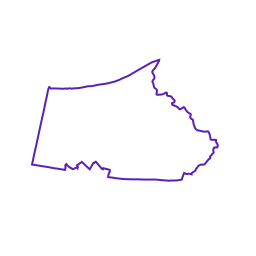 Dong Hai, Bạc Liêu, Vietnam, rotated 206°
{"feature_id": "81297802B21221579574343", "entity_name": "Dong Hai", "entity_type": "district", "adm_level": 2, "iso_a3": "VNM", "parent_name": "Vietnam", "parent_adm1": "Bạc Liêu", "projection": "natural_earth1", "projection_center": [105.374, 9.137], "detail": "fine", "context": "isolated", "style": "outline", "palette": "violet", "viewbox_px": 256, "rotation_deg": 206, "n_neighbors": 0, "source": "geoboundaries", "source_scale": "gbopen_adm2", "svg_char_len": 5560}
<svg xmlns="http://www.w3.org/2000/svg" viewBox="0 0 256 256"><g transform="rotate(206 128 128)"><path d="M43.6,155.9L45.8,155.0L47.6,154.0L48.0,153.9L48.3,153.9L48.6,154.0L48.8,154.1L49.0,154.2L49.1,154.4L49.9,155.6L50.7,156.6L51.3,157.5L51.9,158.2L53.3,159.3L53.9,159.8L54.2,159.9L54.6,160.0L54.9,160.0L55.1,159.9L55.6,159.5L56.2,159.0L57.1,158.5L57.6,158.2L58.6,157.9L64.2,156.5L64.8,156.4L65.0,156.4L65.6,156.5L66.1,156.6L67.5,157.2L68.1,157.7L69.6,159.2L70.5,160.0L71.1,160.7L71.5,161.4L72.0,162.2L73.1,163.5L73.4,163.8L73.7,164.0L74.0,164.0L74.8,163.9L75.1,163.9L75.5,164.1L76.0,164.4L76.7,164.9L76.8,165.1L77.0,165.4L77.1,165.8L77.2,166.2L77.3,167.0L77.3,167.4L77.6,167.8L77.9,168.0L78.2,168.1L78.5,168.1L80.5,168.2L81.5,168.5L82.1,168.7L83.8,169.5L85.5,170.6L86.2,171.1L86.3,171.2L86.7,171.2L87.1,171.2L87.3,170.9L87.5,170.6L88.0,169.7L88.3,169.1L89.1,167.9L89.3,167.8L89.5,167.6L90.1,167.5L90.6,167.7L92.1,168.4L92.5,168.4L94.4,168.6L95.9,168.5L97.6,168.3L97.8,168.3L98.3,168.4L98.7,168.6L99.0,168.9L99.2,169.2L99.3,169.5L99.2,169.7L99.2,169.9L99.0,170.1L98.4,170.6L98.1,170.9L97.8,171.4L97.8,171.6L97.7,171.9L97.8,172.4L97.9,172.7L98.0,172.9L98.3,173.2L98.6,173.4L99.0,173.6L100.5,174.0L100.9,174.1L101.4,174.4L102.2,174.9L102.5,175.1L102.8,175.2L103.3,175.2L103.6,175.2L104.7,174.9L105.5,174.6L106.1,174.4L106.5,174.4L107.1,174.5L107.4,174.7L107.6,175.0L107.9,175.8L108.1,176.2L108.4,176.5L108.8,176.7L109.2,176.7L109.4,176.5L109.6,176.4L109.9,175.9L110.2,175.4L111.1,174.0L111.5,173.6L112.2,173.1L112.7,172.7L113.8,172.1L115.6,171.0L116.0,170.8L116.5,170.7L117.0,170.7L117.2,170.8L117.3,171.0L117.5,171.5L117.8,172.8L118.0,173.5L118.4,174.3L118.8,174.8L119.2,175.1L119.6,175.3L120.1,175.4L121.2,175.6L121.6,175.7L122.3,176.0L122.5,176.2L122.8,176.6L124.2,178.3L125.1,179.3L126.2,180.2L126.3,180.4L126.5,180.7L126.5,180.9L126.6,181.4L126.6,181.7L126.5,182.0L126.2,183.3L126.1,184.1L126.2,184.5L126.4,185.1L126.7,185.6L127.3,186.3L127.6,186.6L130.0,188.2L130.3,188.5L130.5,188.7L130.6,188.9L130.8,189.3L130.9,189.8L130.9,190.5L130.7,191.2L130.1,193.0L130.0,193.3L129.9,194.4L129.9,195.0L129.7,197.6L129.6,200.7L129.6,202.3L129.8,202.9L135.3,197.6L141.2,189.0L145.3,183.0L149.1,177.2L151.1,174.3L153.9,171.3L157.0,167.4L160.8,163.4L167.2,158.2L173.4,154.0L178.1,150.4L180.2,149.0L182.4,147.9L184.5,146.2L188.2,143.4L190.1,142.1L193.5,140.2L195.7,138.8L195.8,138.6L196.0,138.5L196.7,138.5L197.9,138.0L198.5,137.7L199.2,137.2L199.5,136.8L199.8,136.6L200.4,136.5L201.1,136.4L201.4,136.2L201.7,135.9L202.2,135.6L202.6,135.4L202.8,135.2L203.3,134.9L203.9,134.7L211.5,131.3L214.1,129.9L214.9,129.6L215.3,129.9L216.3,130.4L216.5,130.4L216.8,130.2L216.8,129.9L216.7,129.0L216.8,128.7L216.0,125.3L215.3,122.6L214.7,120.4L213.8,116.4L211.3,106.7L208.2,93.7L206.8,88.0L202.6,71.0L202.1,68.6L199.4,57.8L198.3,53.1L192.3,54.9L190.3,55.5L189.4,55.8L188.2,56.1L185.7,56.9L183.2,57.7L180.7,58.4L178.3,59.0L174.8,60.1L173.7,60.5L170.0,61.6L167.4,62.4L166.8,62.6L166.2,62.8L166.7,64.4L166.9,65.3L167.2,65.8L167.4,66.1L167.8,66.6L168.0,66.9L168.0,67.1L167.7,68.2L167.6,68.6L167.2,68.5L166.6,68.0L165.8,67.6L164.7,67.5L164.1,67.2L163.7,67.1L163.2,67.1L162.6,67.2L162.4,67.2L162.1,67.1L161.8,66.9L161.5,66.8L160.9,66.9L160.7,66.9L160.1,66.8L159.8,66.8L159.6,66.8L159.2,67.0L158.6,67.9L158.0,68.8L157.8,69.0L157.5,69.3L157.1,69.6L156.8,69.8L156.5,69.8L156.2,69.9L155.9,69.9L155.7,69.8L155.8,70.2L156.0,71.0L156.1,71.3L156.3,71.5L156.8,71.7L157.3,71.9L157.5,72.0L156.8,73.3L156.4,74.2L155.8,75.2L155.3,76.0L154.9,76.6L154.7,77.3L153.5,76.9L151.5,76.3L146.7,74.8L145.5,74.5L144.3,74.1L144.2,76.1L143.8,81.6L143.3,81.7L143.1,81.8L142.9,82.1L142.5,83.1L142.4,83.3L142.2,83.6L141.0,83.1L139.0,82.2L137.1,81.4L133.6,79.9L133.3,79.7L132.3,80.0L132.5,81.1L130.2,81.5L129.0,81.8L128.9,81.9L126.9,82.2L126.1,82.4L125.1,80.6L125.1,80.4L125.4,79.5L125.4,79.3L125.4,79.0L124.8,76.4L124.7,76.2L124.5,75.9L124.4,75.7L124.3,75.2L122.1,75.9L120.4,76.5L118.9,77.0L117.1,77.5L115.2,78.2L114.2,78.5L111.7,79.4L110.3,79.9L109.8,80.1L106.6,81.5L104.0,82.7L103.2,83.0L101.0,84.1L99.2,84.9L97.8,85.6L95.7,86.6L88.6,89.8L87.4,90.5L85.8,91.2L84.8,91.7L81.6,93.3L80.6,93.7L79.5,94.2L74.1,96.2L71.4,97.3L70.6,97.6L68.7,98.3L68.0,98.6L66.6,99.5L63.8,100.9L63.1,101.3L62.5,101.6L61.3,102.1L57.0,105.3L57.2,106.2L57.5,107.9L57.6,109.2L57.7,110.5L57.8,112.2L56.5,112.2L56.1,112.2L55.6,112.2L55.4,112.2L55.2,112.3L54.8,112.5L54.3,112.8L53.8,113.3L53.4,113.5L52.3,113.9L52.1,113.9L51.7,114.0L51.3,114.1L50.6,114.2L51.0,114.8L51.0,115.1L51.0,115.3L50.9,115.6L50.7,115.9L50.3,116.5L50.1,117.0L49.8,117.3L49.6,117.5L49.3,118.3L48.9,118.9L48.8,119.2L48.8,119.8L48.8,120.8L48.9,121.3L48.8,121.7L48.5,122.4L48.5,122.9L48.3,123.8L48.2,124.1L48.2,124.8L48.2,125.0L47.5,125.7L46.7,126.7L46.5,127.0L46.4,127.1L45.5,127.6L44.5,127.9L44.2,128.1L43.5,128.7L43.2,129.0L43.1,129.8L43.1,130.0L42.6,131.2L42.5,131.5L42.5,132.0L42.5,132.4L42.5,132.8L42.3,133.4L42.0,133.9L42.0,134.1L42.0,134.6L41.8,135.2L41.7,135.5L41.2,136.1L41.0,136.5L40.9,136.7L40.9,137.0L41.1,137.6L41.6,138.0L41.8,138.3L41.8,138.5L41.7,138.7L41.6,139.0L41.3,139.7L41.0,140.1L41.0,140.4L40.9,141.7L40.9,141.9L40.7,142.2L40.2,142.8L40.2,143.0L40.3,143.4L40.3,143.6L40.6,144.0L41.4,144.9L41.7,145.5L41.9,146.0L42.0,146.4L42.1,147.9L42.0,148.0L41.5,148.2L41.4,148.3L41.2,148.5L40.9,148.9L40.6,149.2L39.5,149.5L39.4,149.7L39.3,149.8L39.2,150.0L39.2,150.4L39.3,150.7L39.7,151.4L39.9,152.1L40.1,152.4L40.5,152.7L41.2,153.0L42.0,153.5L43.2,154.6L43.3,154.7L43.4,154.9L43.4,155.3L43.4,155.6L43.6,155.9Z" fill="none" stroke="#5b21b6" stroke-width="2"/></g></svg>